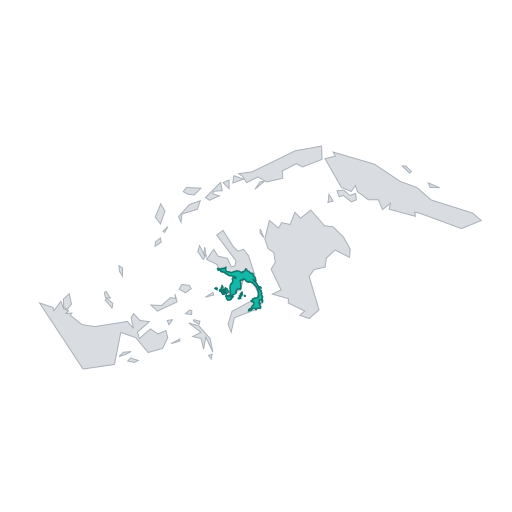 Sulawesi Tengah on a map of Indonesia (Equal Earth projection), rotated 146°
{"feature_id": "IDN-557", "entity_name": "Sulawesi Tengah", "entity_type": "Province", "adm_level": 1, "iso_a3": "IDN", "parent_name": "Indonesia", "parent_adm1": "", "projection": "equal_earth", "projection_center": [121.786, -0.946], "detail": "fine", "context": "in_parent", "style": "filled", "palette": "teal", "viewbox_px": 512, "rotation_deg": 146, "n_neighbors": 0, "source": "natural_earth", "source_scale": "10m", "svg_char_len": 9736}
<svg xmlns="http://www.w3.org/2000/svg" viewBox="0 0 512 512"><g transform="rotate(146 256 256)"><path d="M179.2,202.5L187.1,216.7L198.9,214.9L204.9,208.2L215.3,212.2L223.3,209.5L233.9,176.1L246.8,174.4L252.9,182.3L246.4,183.1L255.5,199.0L253.0,202.5L263.8,215.3L254.1,213.8L250.9,236.6L243.5,240.0L239.3,249.0L241.9,255.3L239.1,265.3L225.0,278.0L221.8,266.6L216.1,269.3L210.0,263.0L199.4,270.5L197.9,262.4L184.9,263.4L182.3,242.8L175.8,237.1L172.9,222.9L174.1,209.0L179.2,202.5ZM49.4,159.5L70.3,163.8L96.8,200.5L100.1,203.5L101.6,199.7L119.4,220.2L115.1,224.6L125.2,223.7L123.1,234.2L131.5,239.9L135.9,252.7L134.2,258.9L140.9,256.2L146.8,265.1L144.4,298.1L134.3,294.5L134.0,299.1L106.4,265.8L94.8,237.3L84.4,222.9L79.4,204.5L52.4,170.4L49.4,159.5ZM462.6,259.0L461.7,338.1L453.1,326.9L454.2,323.6L443.1,327.5L445.0,319.6L442.0,315.5L443.0,314.9L444.8,315.2L445.9,314.7L440.7,311.7L443.1,310.7L438.5,296.3L429.0,287.5L399.3,273.7L398.1,264.4L394.1,274.7L389.7,276.7L388.2,267.4L381.2,261.2L396.8,259.2L398.9,252.8L384.3,254.6L380.9,246.2L372.4,244.6L374.8,237.7L385.1,231.6L399.4,236.3L401.3,255.4L410.8,268.3L434.0,245.3L462.6,259.0ZM317.2,215.1L306.9,223.5L278.2,220.8L274.7,224.0L273.5,234.0L279.0,243.9L287.2,237.3L304.0,236.7L285.2,250.1L293.7,262.7L293.3,271.3L298.9,280.7L287.3,285.2L287.6,277.1L281.0,270.1L282.5,260.8L278.9,259.7L275.3,263.2L276.9,295.3L269.0,295.6L269.6,276.4L268.2,270.0L262.7,268.6L262.0,260.4L268.5,238.3L271.5,237.7L270.4,228.3L275.4,215.4L282.7,211.0L308.5,216.9L319.2,206.7L317.2,215.1ZM147.3,299.2L167.7,303.8L170.9,309.9L186.7,311.8L190.3,305.4L205.8,311.5L210.1,320.4L222.7,322.1L222.5,329.5L224.3,333.9L212.3,328.0L164.2,321.2L140.1,310.4L147.3,299.2ZM342.9,216.9L351.5,208.1L347.7,218.3L353.5,224.6L344.3,223.6L349.2,238.1L342.5,230.2L340.2,213.3L345.6,200.4L342.9,216.9ZM347.1,262.1L368.5,265.4L370.6,274.2L362.0,267.8L350.0,269.3L346.5,265.7L344.4,269.8L347.1,262.1ZM298.1,332.0L282.4,335.9L271.3,333.0L278.5,327.5L293.9,332.2L299.3,325.8L298.1,332.0ZM252.8,326.4L263.4,328.2L265.2,332.7L244.2,336.8L247.5,329.0L254.8,333.4L257.2,331.7L252.8,326.4ZM317.3,336.0L317.7,344.7L305.8,352.5L306.4,344.1L317.3,336.0ZM146.7,247.6L149.7,257.3L153.8,258.6L152.4,264.7L146.4,261.6L144.4,253.8L138.5,252.1L141.4,246.4L146.7,247.6ZM439.9,327.9L431.9,329.2L435.9,319.3L442.2,317.2L444.1,320.9L439.9,327.9ZM273.2,341.2L278.1,345.4L280.3,350.1L275.4,351.7L263.7,343.0L273.2,341.2ZM335.0,264.9L338.3,271.5L333.4,273.8L327.7,268.9L328.0,265.1L335.0,264.9ZM223.2,326.6L234.4,329.5L229.4,334.9L223.2,326.6ZM240.6,327.0L242.3,335.3L235.8,334.1L240.6,327.0ZM166.4,260.1L161.0,266.3L161.4,258.5L166.4,260.1ZM404.5,293.3L405.7,303.9L403.3,304.4L401.2,296.7L404.5,293.3ZM219.6,311.9L211.1,315.2L207.4,313.3L219.6,311.9ZM301.7,282.7L301.8,292.2L296.9,296.2L298.8,283.5L301.7,282.7ZM65.6,209.9L73.3,215.4L72.3,220.3L65.6,209.9ZM84.5,248.9L81.4,246.8L80.1,239.1L82.4,238.9L84.5,248.9ZM375.0,324.6L373.4,320.7L378.0,313.8L377.7,320.0L375.0,324.6ZM366.7,228.1L375.5,230.8L365.6,229.8L366.7,228.1ZM312.9,247.4L321.0,250.1L312.1,249.9L312.9,247.4ZM297.9,287.3L293.6,292.0L297.4,283.5L297.9,287.3ZM412.1,235.2L416.7,236.1L421.1,240.6L416.9,241.6L412.1,235.2ZM334.3,320.5L331.3,324.0L325.2,324.4L326.9,320.5L334.3,320.5ZM404.1,305.7L402.1,310.6L400.1,310.4L400.3,302.6L404.1,305.7ZM346.7,247.5L341.4,248.3L339.8,246.6L342.1,243.5L346.7,247.5ZM412.9,246.6L419.5,247.4L425.8,249.2L419.7,250.3L412.9,246.6ZM299.3,241.6L304.7,244.9L299.1,246.6L299.3,241.6ZM350.9,200.1L347.3,199.2L350.7,195.6L350.9,200.1ZM312.5,329.6L318.5,326.7L319.2,328.5L312.5,329.6ZM366.6,247.8L365.6,252.2L361.0,250.0L363.4,248.7L366.6,247.8ZM239.7,273.1L237.4,276.0L239.2,266.8L239.7,273.1ZM341.4,231.1L344.2,237.1L343.2,238.0L339.0,233.3L341.4,231.1Z" fill="#d9dde1" stroke="#a8b0b8" stroke-width="1"/><path d="M285.0,221.6L284.4,221.3L283.5,221.7L283.1,222.2L282.9,222.3L282.4,222.1L282.0,221.8L280.9,222.1L280.6,221.6L280.3,221.5L280.1,221.3L279.7,221.3L279.1,220.8L277.4,220.8L276.4,221.4L275.4,222.6L274.2,224.9L273.9,225.8L273.6,227.4L273.2,228.1L273.1,229.1L272.9,230.1L273.1,231.7L273.5,232.6L273.4,233.1L273.8,235.2L275.3,238.2L275.9,238.7L276.5,238.2L276.7,238.3L277.0,238.9L277.5,239.1L278.3,240.8L278.1,242.0L278.6,242.8L278.8,243.9L279.1,244.2L279.6,243.8L280.5,243.6L280.4,244.0L280.6,244.2L281.0,244.2L281.9,244.1L282.3,244.5L282.7,244.5L283.0,244.4L283.5,243.3L283.9,241.7L284.4,241.2L284.9,240.2L285.4,239.7L285.9,238.6L286.5,237.7L287.2,237.5L287.3,237.1L287.6,237.0L288.0,237.1L288.0,238.0L288.5,238.6L289.2,238.6L290.4,238.9L291.2,238.4L292.0,238.5L292.3,238.0L292.5,237.0L292.9,236.5L295.5,236.4L296.1,236.6L296.7,236.4L297.5,236.9L299.5,236.5L299.7,236.1L299.2,236.0L299.0,235.7L298.0,235.6L297.8,235.4L297.7,235.1L298.1,235.1L298.5,234.7L298.6,234.8L299.8,234.5L300.2,234.6L300.8,234.0L302.3,234.2L302.6,234.3L303.7,235.1L303.9,235.2L303.7,235.4L303.9,235.8L304.1,235.9L304.1,236.1L304.2,236.5L304.1,236.9L304.1,237.4L303.7,238.1L303.6,239.5L303.3,239.9L302.9,240.0L302.3,239.7L302.0,239.2L301.5,238.6L301.5,237.9L301.0,237.4L300.6,238.0L300.2,238.1L299.0,238.3L298.6,238.2L298.4,238.5L298.0,239.7L297.7,240.3L297.6,240.7L297.0,241.2L296.8,241.9L296.2,242.5L295.8,243.3L295.6,243.5L295.4,244.1L294.4,245.4L292.7,246.9L292.3,246.7L291.6,247.0L291.3,246.9L290.6,247.5L290.2,247.6L289.8,247.6L289.7,247.8L289.2,248.2L288.8,249.6L288.3,250.5L287.7,250.7L287.0,250.7L286.6,250.1L286.1,249.9L286.0,249.3L285.4,249.2L285.1,248.9L284.8,249.0L284.7,249.4L284.8,249.7L285.1,249.6L285.1,249.8L285.0,250.6L285.1,250.9L285.1,251.5L285.6,250.5L286.0,251.4L286.5,252.0L286.8,252.3L287.0,253.2L287.2,253.6L287.6,253.8L288.3,253.8L289.4,255.1L289.7,255.5L290.0,256.6L290.4,257.2L291.1,258.8L291.2,259.1L291.2,260.0L291.8,260.9L292.4,261.1L292.7,261.4L292.8,262.2L293.6,262.4L293.9,262.9L293.5,263.8L293.6,264.3L294.5,265.4L294.9,265.2L295.1,265.6L295.3,265.6L295.2,265.9L295.0,266.1L294.9,266.8L294.6,266.6L294.3,266.4L294.1,266.7L293.7,266.0L292.6,264.9L291.6,264.9L289.1,263.6L287.4,263.5L289.1,261.1L289.2,260.1L288.9,259.2L287.5,258.2L286.4,256.7L285.6,256.0L280.2,254.5L279.9,254.2L278.3,252.4L276.8,249.7L276.4,249.7L276.1,250.3L275.9,250.4L274.4,249.9L273.6,249.8L271.8,251.1L271.6,251.0L271.4,250.7L271.3,250.2L271.6,248.9L271.4,248.3L270.5,246.9L270.1,244.7L269.7,244.2L268.5,243.6L268.3,243.2L268.5,242.3L269.3,241.5L269.1,239.7L269.0,237.4L269.4,236.9L270.1,236.2L269.8,235.8L269.9,235.7L270.2,235.5L270.5,235.0L271.2,237.4L271.6,237.9L271.7,237.1L271.6,236.0L271.1,234.6L270.8,233.0L271.0,230.1L271.2,229.5L271.1,228.7L270.5,228.7L270.0,228.4L269.7,227.8L269.6,227.4L269.6,227.1L270.0,227.3L270.0,226.9L270.4,227.2L271.0,228.2L271.3,228.3L271.7,227.7L271.9,226.4L271.1,224.8L271.0,224.3L271.8,223.7L271.7,222.8L272.0,222.1L272.2,221.5L272.6,221.1L273.2,220.9L273.4,220.5L273.2,219.1L273.3,218.5L273.4,218.3L274.1,218.0L275.0,217.3L275.3,215.4L275.5,215.1L275.8,215.1L276.0,215.2L276.1,216.8L276.3,216.7L276.5,217.1L276.8,217.3L277.2,217.5L277.4,217.3L277.6,217.3L278.1,217.7L278.5,217.1L278.4,216.8L278.9,215.4L279.2,215.1L279.6,215.3L279.8,214.8L280.2,214.4L280.2,213.3L280.4,212.4L280.4,211.3L280.5,211.1L280.9,211.1L281.2,210.7L281.2,211.2L281.7,210.8L282.7,211.0L283.4,211.3L283.7,211.7L284.4,212.2L284.9,211.9L285.6,211.8L286.1,211.4L286.3,211.6L286.3,211.9L285.9,212.2L286.1,213.0L286.4,213.6L286.8,214.0L287.3,214.3L290.4,213.8L290.5,213.9L290.7,214.5L291.0,214.8L291.2,214.7L291.6,214.2L292.8,214.7L292.3,215.2L291.5,215.7L291.0,215.8L289.7,215.3L286.6,216.9L285.4,216.7L284.7,217.2L284.4,217.7L284.1,218.4L283.5,218.9L284.2,220.0L285.0,220.2L285.1,221.2L285.0,221.6ZM304.2,242.2L305.1,242.9L304.9,244.7L304.3,245.4L303.8,245.7L303.5,245.5L303.4,245.6L303.3,245.2L303.1,244.8L303.1,244.5L302.7,244.6L302.4,245.1L302.3,247.1L302.1,246.6L301.7,247.0L301.1,246.4L301.1,246.2L301.7,245.7L301.8,245.3L301.6,243.2L301.3,243.4L301.0,243.6L300.0,245.6L299.2,246.6L298.4,244.8L298.5,243.2L298.6,242.8L299.3,241.6L300.0,241.8L300.4,241.5L301.1,241.4L301.4,241.6L301.5,241.6L301.6,241.2L301.8,241.2L302.3,242.1L301.9,242.7L301.9,243.2L302.1,243.5L302.2,244.2L303.0,243.0L303.3,242.2L303.8,242.1L304.0,242.6L304.2,242.2ZM305.5,246.8L305.7,247.0L305.5,248.0L305.2,248.2L304.8,248.0L304.6,248.1L304.4,247.3L304.6,246.7L304.4,246.3L304.6,245.6L304.8,245.5L304.8,245.3L305.0,245.5L305.2,246.7L305.5,246.8ZM289.7,232.1L290.1,232.4L290.3,233.0L290.1,233.4L290.0,233.5L289.6,233.0L289.7,233.3L289.5,233.5L288.7,233.1L288.3,233.7L288.1,233.9L287.8,233.9L288.2,232.9L288.7,232.5L288.8,232.1L289.0,232.4L289.7,232.1ZM291.3,231.3L291.5,231.6L291.4,232.0L290.9,232.1L290.4,232.3L290.1,232.2L289.8,231.8L289.9,231.3L290.4,231.4L290.4,231.0L291.3,231.3ZM301.3,248.7L301.5,249.5L301.0,250.3L300.8,250.4L300.7,249.7L300.9,248.6L301.0,248.5L301.3,248.7ZM307.8,251.0L308.0,251.6L307.8,251.5L307.6,251.7L307.3,251.5L307.1,250.7L307.1,250.3L307.2,250.1L307.8,251.0ZM292.3,231.9L292.2,232.0L291.9,231.9L291.8,232.2L291.7,232.1L291.6,231.2L291.7,230.5L291.9,230.4L292.0,231.1L292.3,231.6L292.3,231.9ZM303.4,247.6L303.6,247.8L303.5,248.1L302.8,249.0L302.6,249.0L302.5,248.8L302.6,248.5L303.4,247.6ZM294.4,230.4L294.5,231.4L294.0,230.4L293.7,230.1L293.4,230.2L293.1,229.7L294.0,230.0L294.4,230.4ZM287.2,229.5L287.2,229.0L287.4,228.7L287.7,228.7L287.9,229.0L287.7,229.6L287.4,229.7L287.2,229.5ZM292.9,230.1L293.2,230.6L292.9,230.5L292.4,230.2L292.7,229.6L292.8,229.7L292.7,230.0L292.9,230.1ZM276.4,214.1L276.5,214.0L276.6,214.3L276.6,214.6L276.4,214.7L276.3,214.4L276.4,214.1ZM308.0,251.8L308.1,252.2L308.1,252.5L308.0,252.2L307.7,252.2L307.9,251.7L308.0,251.8ZM306.7,250.4L306.8,250.8L306.5,251.1L306.5,250.5L306.7,250.4ZM278.5,214.2L279.0,214.3L279.1,214.5L278.5,214.2ZM306.0,250.4L306.1,251.0L306.0,250.4Z" fill="#14b8a6" stroke="#0f766e" stroke-width="1.5"/></g></svg>